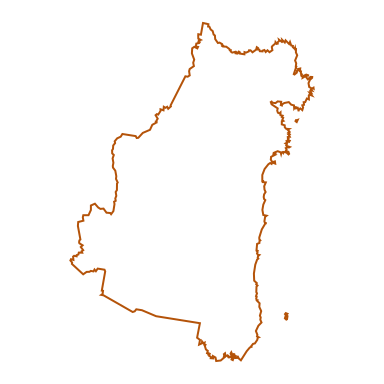 outline of Eurobodalla, New South Wales, Australia
{"feature_id": "25037944B87455208948659", "entity_name": "Eurobodalla", "entity_type": "district", "adm_level": 2, "iso_a3": "AUS", "parent_name": "Australia", "parent_adm1": "New South Wales", "projection": "albers", "projection_center": [150.084, -35.933], "detail": "fine", "context": "isolated", "style": "outline", "palette": "amber", "viewbox_px": 384, "rotation_deg": 0, "n_neighbors": 0, "source": "geoboundaries", "source_scale": "gbopen_adm2", "svg_char_len": 5948}
<svg xmlns="http://www.w3.org/2000/svg" viewBox="0 0 384 384"><path d="M240.9,360.3L246.7,351.2L249.8,347.5L251.5,346.8L251.2,346.2L253.0,343.9L254.9,343.4L257.3,339.8L257.7,337.7L258.7,337.3L257.0,336.4L257.4,334.9L255.9,331.0L258.4,325.7L261.5,322.5L260.3,319.7L260.7,317.4L259.9,315.7L261.2,311.1L259.3,306.9L259.6,303.3L256.9,300.6L257.3,300.2L256.6,300.0L256.2,298.3L256.7,296.8L256.0,296.2L257.0,293.3L256.3,292.1L256.5,286.6L257.5,285.5L256.2,284.3L256.8,283.1L254.2,280.7L253.9,273.6L255.3,264.6L257.1,259.6L258.3,258.6L257.7,257.7L258.1,256.1L259.3,255.0L257.7,254.6L257.0,253.4L257.6,252.0L256.9,251.2L257.4,250.7L256.5,250.3L257.1,243.9L259.4,243.0L259.5,240.9L260.3,240.4L259.3,239.1L259.3,237.4L261.8,229.4L265.3,223.5L266.6,223.2L264.9,222.8L264.4,221.3L265.1,216.9L266.6,215.7L263.3,215.0L262.4,209.9L263.3,204.6L265.3,200.1L264.1,199.0L263.7,197.0L264.1,194.4L265.6,192.0L264.5,189.6L264.2,186.2L265.8,182.4L262.7,182.1L262.6,181.0L264.1,181.0L262.3,181.0L262.3,175.0L264.6,169.0L268.4,164.2L270.2,163.0L271.6,163.9L272.2,162.5L275.2,163.6L274.9,161.4L272.4,162.2L270.8,159.6L271.1,156.8L274.7,155.0L273.3,154.7L273.7,152.9L275.4,153.1L275.2,152.2L277.7,151.2L280.6,152.3L281.1,154.0L281.5,152.4L282.6,152.1L283.2,152.9L283.5,152.0L286.4,152.5L288.5,154.4L289.1,153.8L288.4,151.8L285.8,150.9L286.6,149.4L285.8,148.1L287.7,147.2L286.2,145.5L286.9,144.1L285.6,143.4L287.0,142.6L286.7,141.3L289.1,141.9L289.7,140.8L287.5,140.4L288.5,138.9L287.9,138.6L287.8,137.0L289.8,136.8L289.0,135.3L289.6,134.6L288.4,134.2L289.3,133.0L288.3,132.7L289.4,131.5L287.7,129.8L289.0,129.0L286.2,128.8L284.8,127.3L284.7,125.3L281.8,124.4L281.8,121.4L283.4,120.9L282.3,119.9L283.2,117.8L281.8,117.0L282.6,115.7L280.5,115.2L280.5,112.4L279.4,113.4L277.9,112.7L277.2,110.6L277.7,108.4L271.6,104.3L270.8,102.1L271.6,101.6L272.4,102.7L275.5,103.1L277.7,101.4L281.2,101.8L280.8,105.1L281.9,105.5L282.1,104.4L284.3,103.0L288.8,102.1L291.2,104.7L294.0,105.4L294.2,108.5L295.3,107.1L296.4,107.3L296.3,108.3L297.8,107.9L298.7,111.3L298.7,109.8L300.3,108.4L302.3,110.1L303.1,107.5L302.3,105.3L304.0,104.8L303.7,102.2L305.2,102.1L306.9,98.5L308.9,99.4L308.8,95.5L309.4,94.6L311.8,95.5L309.6,92.7L311.4,93.1L310.2,90.9L310.7,90.1L312.0,90.5L311.2,89.4L312.1,88.7L309.2,87.0L308.5,83.1L310.0,79.7L312.1,77.9L312.2,77.0L310.5,76.9L307.8,79.3L305.3,76.0L308.9,75.5L306.2,74.6L304.1,75.6L304.9,76.5L302.7,77.8L303.0,76.4L301.6,76.2L301.1,74.9L301.8,74.3L300.8,73.0L301.0,71.4L299.9,71.2L300.2,68.5L298.1,69.0L299.1,70.0L297.1,70.7L296.8,72.6L294.5,74.5L293.8,74.1L296.3,66.7L295.8,66.6L296.2,63.3L295.1,60.5L297.2,55.3L295.9,52.4L296.0,49.3L295.4,49.5L295.1,47.8L294.7,48.9L292.8,47.1L292.9,45.9L291.2,45.5L290.0,42.0L289.1,44.0L285.6,40.4L284.8,42.5L282.3,40.0L282.6,41.5L282.0,42.0L279.0,39.7L279.3,40.9L277.3,42.6L277.7,43.6L276.7,43.9L275.5,42.2L275.3,43.5L272.4,46.0L271.8,47.0L272.4,50.2L269.5,52.2L267.5,50.3L265.7,52.0L264.4,50.0L262.6,50.6L262.5,51.4L259.8,51.2L259.3,49.6L257.5,49.5L258.0,48.0L256.8,47.2L256.1,49.7L252.5,52.3L250.5,50.3L249.0,50.3L248.8,51.4L246.1,52.6L244.5,52.1L244.4,54.3L239.3,53.5L238.8,52.6L239.5,52.1L238.8,51.6L237.2,53.6L235.7,53.3L236.3,52.1L235.8,51.7L232.2,52.6L230.7,51.5L230.8,50.2L229.7,50.1L229.4,49.0L226.3,46.7L222.9,46.5L222.3,46.1L222.9,45.4L221.8,44.7L222.0,44.0L219.5,42.6L217.9,43.0L215.2,39.1L214.9,35.5L213.6,34.5L212.7,31.1L210.6,29.4L209.4,26.7L208.1,26.5L208.4,24.2L203.0,23.0L200.9,34.7L198.3,34.2L198.2,35.3L198.3,38.6L200.7,39.9L198.8,40.6L198.3,42.2L199.6,42.4L199.2,43.0L196.3,43.6L195.8,46.5L198.0,46.9L197.3,48.4L194.3,46.8L192.2,48.3L191.9,53.4L194.2,59.6L193.2,62.8L193.9,66.1L189.7,69.0L189.1,71.2L189.7,75.4L187.7,76.7L185.4,76.3L170.6,105.4L170.9,106.4L168.2,108.8L167.2,106.8L165.5,107.8L163.8,106.8L163.5,110.3L160.5,109.3L160.5,111.0L158.2,114.6L156.9,114.1L155.6,115.2L157.7,118.7L156.6,120.4L156.6,122.1L155.8,121.9L155.8,122.9L152.3,124.8L150.0,129.8L142.8,132.9L138.3,137.8L136.7,138.0L135.7,136.1L122.4,134.0L120.7,136.7L117.2,138.3L114.7,141.3L115.1,143.1L113.2,145.5L113.0,148.9L112.1,150.3L112.2,153.4L113.8,155.0L112.6,158.4L113.4,162.8L112.8,166.0L113.0,167.6L115.3,170.7L116.3,176.2L116.0,178.9L117.7,182.5L117.0,183.6L116.9,190.1L115.7,192.0L116.3,195.9L115.3,198.4L115.7,200.8L114.1,201.7L114.5,204.1L113.4,211.1L111.1,214.2L110.2,213.0L106.5,212.7L103.5,208.6L100.4,208.9L98.2,207.5L94.9,203.7L90.9,205.5L90.9,210.0L88.5,215.2L83.3,215.2L82.8,217.3L83.4,220.7L78.2,222.0L77.9,226.0L80.4,239.5L79.4,240.4L79.1,242.2L79.4,243.3L82.6,245.3L80.8,247.0L83.2,250.2L81.6,251.3L82.2,252.7L78.8,252.6L78.4,254.5L76.7,255.1L76.6,256.3L74.1,255.8L73.1,256.6L73.4,259.9L71.0,259.2L70.4,260.5L72.1,262.5L71.9,263.9L83.2,274.3L86.6,271.9L89.5,271.8L90.8,270.9L93.5,271.4L94.5,269.5L95.9,271.2L97.7,268.6L104.5,269.7L105.2,271.4L101.8,290.6L103.0,290.8L102.6,294.0L101.3,294.9L103.5,295.3L132.7,312.0L134.7,311.3L136.3,309.3L141.9,310.2L156.1,316.2L199.9,323.2L197.1,337.7L200.0,339.9L199.1,344.6L202.0,343.3L202.1,341.5L203.5,343.3L204.6,342.7L204.3,344.7L205.4,344.9L204.9,346.1L205.9,349.4L207.8,350.9L207.1,353.1L208.5,353.2L208.3,354.3L209.6,354.1L209.1,355.8L211.2,357.1L210.8,358.2L213.2,358.4L213.0,356.1L215.5,357.5L216.2,361.0L220.7,360.5L224.7,357.1L223.0,356.5L224.5,356.7L223.9,354.2L225.0,353.3L225.5,356.3L227.3,355.4L228.2,356.9L228.6,356.2L229.6,357.3L230.7,356.8L232.2,358.4L231.6,359.5L232.8,360.1L233.6,357.9L231.3,355.4L230.6,353.5L231.3,352.3L232.6,355.4L233.5,354.1L234.2,354.2L234.2,355.8L234.9,354.7L234.8,356.1L235.6,356.2L234.8,357.2L235.2,358.0L238.0,357.9L237.5,355.9L238.8,358.5L240.9,360.3ZM287.4,313.8L285.8,313.1L285.0,314.1L285.9,315.2L284.9,318.3L286.3,319.6L287.0,319.2L287.5,316.1L286.2,315.1L287.4,313.8ZM296.2,121.7L296.7,120.1L296.0,120.1L295.5,121.1L296.2,121.7ZM288.7,146.6L289.1,147.4L289.8,147.0L288.7,146.6ZM297.7,119.9L296.9,120.2L297.2,121.0L297.7,119.9ZM313.5,87.7L312.8,88.1L313.6,88.6L313.5,87.7Z" fill="none" stroke="#b45309" stroke-width="2"/></svg>